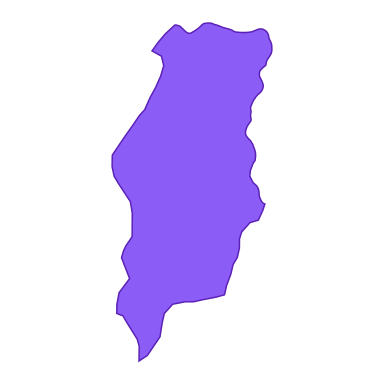 the district of Kyongwon, Hamgyŏng-bukto, North Korea
{"feature_id": "82179303B19451054742324", "entity_name": "Kyongwon", "entity_type": "district", "adm_level": 2, "iso_a3": "PRK", "parent_name": "North Korea", "parent_adm1": "Hamgyŏng-bukto", "projection": "mercator", "projection_center": [130.212, 42.718], "detail": "fine", "context": "isolated", "style": "filled", "palette": "violet", "viewbox_px": 384, "rotation_deg": 0, "n_neighbors": 0, "source": "geoboundaries", "source_scale": "gbopen_adm2", "svg_char_len": 5835}
<svg xmlns="http://www.w3.org/2000/svg" viewBox="0 0 384 384"><path d="M139.0,361.0L147.4,355.4L160.0,336.8L162.2,322.8L164.3,313.5L172.7,304.2L185.1,301.8L193.4,301.8L203.8,299.5L216.2,297.1L224.5,294.8L226.6,285.5L230.9,273.9L233.1,264.5L237.3,257.5L239.4,248.2L239.5,238.9L241.7,231.9L250.0,222.6L258.3,220.2L262.6,210.9L264.9,204.0L264.2,203.8L263.7,203.5L263.2,203.2L262.8,202.9L262.6,202.7L262.0,201.9L261.6,201.5L261.4,201.1L261.2,200.7L260.7,199.7L260.4,199.2L260.2,198.7L260.1,198.2L259.8,197.7L259.7,197.2L259.5,196.7L259.4,196.2L259.3,195.8L259.2,195.1L259.1,193.3L258.9,191.7L258.9,191.1L258.7,190.5L258.6,190.0L258.5,189.6L258.4,189.1L258.1,188.5L258.0,188.1L257.8,187.7L257.5,187.1L257.2,186.7L256.9,186.2L256.6,185.9L256.3,185.5L255.4,184.6L255.0,184.3L254.5,183.9L253.5,183.0L253.2,182.6L252.9,182.1L252.6,181.7L252.0,180.5L251.6,179.8L251.5,179.4L251.2,179.0L250.8,178.2L250.6,177.8L250.3,176.9L250.1,176.6L249.9,176.2L249.9,175.7L250.0,174.4L250.1,173.6L250.1,173.0L250.2,172.4L250.2,171.9L250.3,171.6L250.3,171.2L250.4,170.8L250.5,170.3L250.7,169.9L250.8,169.5L250.8,169.1L251.1,168.6L251.3,168.3L251.4,167.9L251.5,167.4L251.7,167.0L251.9,166.6L252.1,166.1L252.2,165.6L252.4,165.0L252.6,164.7L252.7,164.3L253.1,163.5L253.3,163.2L253.4,162.7L253.7,162.4L253.8,162.2L254.1,161.9L254.4,161.6L254.8,161.0L254.9,160.7L255.1,160.3L255.2,159.7L255.3,159.2L255.3,158.4L255.5,157.7L255.5,157.0L255.6,156.3L255.6,155.7L255.6,154.6L255.5,154.1L255.5,153.0L255.4,152.3L255.2,151.8L255.1,151.1L254.8,150.0L254.5,149.1L254.3,148.7L254.1,148.3L253.9,147.7L253.7,147.0L253.3,146.0L253.1,145.2L252.7,144.5L252.4,143.7L252.0,143.2L250.7,141.0L250.4,140.6L249.7,139.8L249.2,139.4L248.4,138.6L248.1,138.2L247.7,137.8L247.3,137.3L247.0,136.9L246.8,136.5L246.5,136.1L246.2,135.7L246.0,135.2L245.7,134.2L245.6,133.8L245.5,133.3L245.5,132.7L245.5,132.3L245.5,131.7L245.6,131.1L245.8,130.5L246.1,129.3L246.3,128.8L246.4,128.3L246.7,127.7L246.9,127.0L247.2,126.4L247.7,125.5L248.2,124.8L248.4,124.5L248.8,124.0L249.0,123.6L249.3,123.2L249.6,122.8L249.9,122.4L250.2,121.9L250.5,121.5L250.8,121.1L250.9,120.6L251.1,119.6L251.1,119.2L251.0,118.7L250.9,118.1L250.8,117.4L250.7,116.9L250.6,116.1L250.6,115.5L250.6,115.0L250.5,114.2L250.6,113.9L250.8,113.5L250.9,113.0L251.0,112.4L251.1,111.9L251.0,111.4L250.9,110.5L250.8,110.0L250.7,109.5L250.6,108.9L250.5,108.3L250.6,107.9L250.7,107.0L250.8,106.5L250.9,106.2L251.2,105.6L251.5,104.9L251.8,104.2L252.0,103.6L252.3,102.9L252.6,102.2L252.9,101.6L253.5,100.4L253.9,99.8L254.2,99.3L254.7,98.6L255.1,98.1L255.3,97.8L255.6,97.3L255.9,96.9L256.3,96.3L256.6,96.0L257.0,95.6L257.4,95.2L257.8,94.7L258.6,93.9L259.2,93.5L259.7,93.1L260.0,92.7L260.3,92.4L260.6,92.1L261.0,91.7L261.6,90.9L261.8,90.5L262.3,89.6L262.5,89.2L262.8,88.4L262.9,88.0L263.0,87.5L263.1,87.1L263.2,86.4L263.2,85.9L263.2,85.5L263.1,84.6L263.0,84.1L262.8,83.6L262.1,81.7L261.8,81.0L261.5,80.3L261.1,79.6L260.8,78.9L260.5,78.3L260.2,77.6L259.9,77.1L259.6,76.5L259.5,76.1L259.4,75.4L259.3,74.9L259.3,74.2L259.4,73.7L259.5,72.4L259.6,71.8L259.8,71.3L260.0,70.9L260.3,70.5L260.7,69.9L261.5,69.1L262.2,68.3L262.8,67.8L263.3,67.3L265.2,65.8L265.7,65.3L265.9,65.0L266.0,64.2L266.1,63.5L266.2,62.8L266.3,62.2L266.5,61.6L266.7,61.0L267.0,60.2L267.3,59.7L267.7,59.1L268.4,58.1L268.8,57.5L269.2,56.8L269.6,56.2L270.4,55.0L271.0,53.8L271.3,53.2L271.5,52.4L271.7,51.5L271.8,50.9L271.9,49.3L271.8,48.0L271.8,47.3L271.8,46.5L271.7,45.9L271.7,45.2L271.5,44.0L271.3,43.4L270.9,42.4L270.7,41.9L270.5,41.3L270.2,40.8L270.0,40.4L269.7,40.0L269.6,39.6L269.3,39.1L269.2,38.7L269.0,38.4L269.0,37.9L268.8,37.4L268.7,36.5L268.6,36.0L268.5,35.4L268.4,34.9L268.3,34.6L268.1,34.2L267.9,33.8L267.7,33.3L267.5,32.9L267.3,32.6L266.7,31.9L266.4,31.4L266.1,31.1L265.1,30.4L264.7,30.2L263.9,29.7L263.5,29.5L263.2,29.3L262.8,29.2L262.4,29.1L261.7,29.0L261.3,29.0L260.6,28.9L260.2,29.0L259.3,29.0L258.8,29.1L258.1,29.3L257.1,29.7L256.6,29.9L256.1,30.1L255.5,30.3L255.1,30.5L254.7,30.7L253.5,31.1L252.9,31.4L252.2,31.6L251.7,31.8L251.1,32.0L250.5,32.0L249.8,32.1L249.2,32.2L248.0,32.3L246.9,32.4L246.2,32.4L245.6,32.5L244.6,32.5L244.0,32.5L243.2,32.5L242.1,32.5L241.6,32.5L240.4,32.4L239.9,32.4L238.6,32.3L238.1,32.2L237.5,32.2L236.9,32.1L235.8,32.0L235.3,31.9L234.9,31.8L234.4,31.6L234.1,31.5L233.6,31.3L233.0,30.8L232.6,30.6L232.2,30.3L231.8,30.1L231.0,29.8L230.0,29.5L229.7,29.3L229.2,29.2L228.2,28.8L227.6,28.7L227.0,28.5L226.7,28.5L226.3,28.4L225.2,28.1L224.7,27.9L224.1,27.8L223.1,27.5L221.6,26.9L220.6,26.5L220.1,26.3L219.4,26.0L218.9,25.8L218.3,25.6L217.7,25.4L216.9,25.1L216.4,25.0L216.1,24.9L215.6,24.7L215.2,24.7L214.3,24.4L213.4,24.1L212.8,23.7L212.4,23.5L211.9,23.4L211.4,23.3L211.0,23.2L210.5,23.1L209.5,23.1L208.8,23.0L207.1,23.1L206.6,23.2L206.1,23.2L205.6,23.2L205.2,23.3L204.8,23.4L204.4,23.4L204.0,23.6L203.6,23.7L203.2,23.9L203.0,24.1L202.5,24.4L202.1,24.8L201.7,25.1L201.3,25.5L200.8,26.0L200.3,26.4L199.9,26.9L199.3,27.4L198.9,27.8L198.4,28.3L197.9,28.6L197.4,29.0L197.0,29.3L196.1,29.9L195.6,30.2L195.2,30.5L194.7,30.8L193.9,31.4L193.1,31.7L192.8,32.0L192.3,32.3L191.8,32.6L191.4,32.8L191.0,33.0L190.6,33.2L189.9,33.3L189.5,33.3L189.1,33.3L188.7,33.2L188.2,33.1L187.9,33.0L187.5,32.8L187.1,32.6L186.6,32.3L186.2,32.0L185.7,31.6L185.2,31.2L184.8,30.8L183.9,30.0L183.5,29.6L183.1,29.1L182.7,28.8L182.3,28.5L181.2,27.3L180.8,26.9L180.4,26.5L180.0,26.4L179.5,26.1L179.0,25.8L178.4,25.7L177.9,25.5L176.9,25.2L175.7,25.0L174.9,25.0L165.4,33.8L158.5,41.9L152.0,50.9L161.5,56.2L163.7,65.7L160.7,76.0L155.5,87.7L150.3,97.1L144.7,109.7L139.5,115.4L133.2,124.7L124.9,136.4L112.3,155.1L112.1,166.7L114.1,176.1L118.2,183.1L130.4,201.7L132.3,213.4L132.1,236.7L125.8,246.0L123.6,250.7L121.5,257.7L129.6,278.6L119.1,292.6L116.9,304.2L116.8,313.5L123.0,315.9L127.0,322.8L137.2,339.1L139.2,346.1L139.0,361.0Z" fill="#8b5cf6" stroke="#5b21b6" stroke-width="1.5"/></svg>